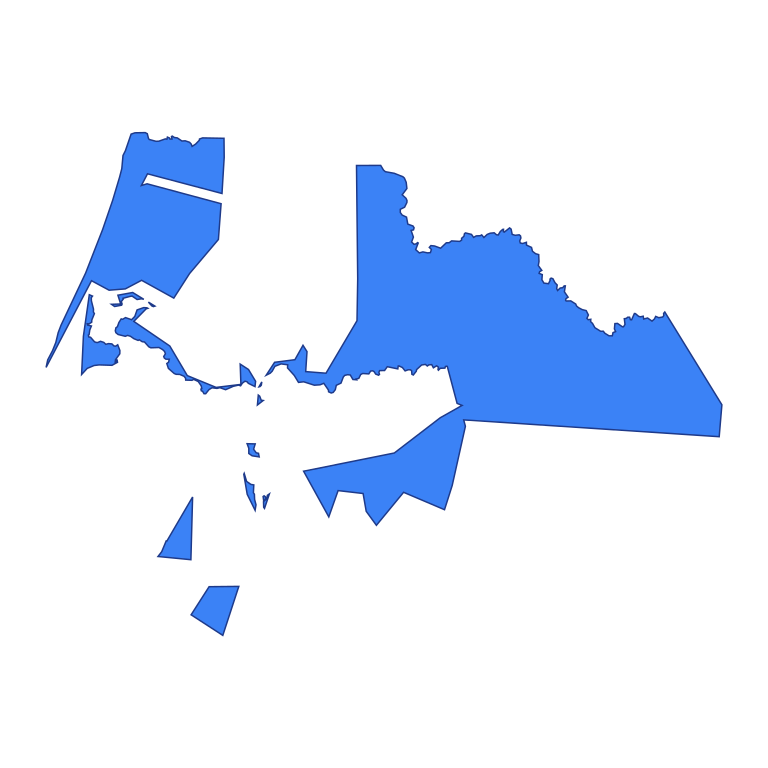 the district of Napranum, Queensland, Australia
{"feature_id": "25037944B72297710108089", "entity_name": "Napranum", "entity_type": "district", "adm_level": 2, "iso_a3": "AUS", "parent_name": "Australia", "parent_adm1": "Queensland", "projection": "albers", "projection_center": [142.04, -12.587], "detail": "fine", "context": "isolated", "style": "filled", "palette": "blue", "viewbox_px": 768, "rotation_deg": 0, "n_neighbors": 0, "source": "geoboundaries", "source_scale": "gbopen_adm2", "svg_char_len": 6110}
<svg xmlns="http://www.w3.org/2000/svg" viewBox="0 0 768 768"><path d="M447.3,366.4L457.1,403.4L462.1,405.4L440.3,417.7L394.3,453.0L303.6,471.2L328.8,516.9L338.1,490.6L363.1,493.5L366.2,511.3L376.4,525.3L403.6,492.3L444.5,509.7L452.2,485.5L465.4,426.3L463.7,419.9L719.2,436.7L721.9,404.8L664.8,312.0L663.6,313.4L663.8,315.6L662.7,317.0L658.8,317.7L655.7,316.4L654.4,319.0L652.0,321.1L647.6,318.0L643.7,319.0L643.2,316.2L640.5,316.8L638.7,316.4L635.4,313.6L634.4,313.5L631.6,319.8L630.4,319.7L629.6,317.2L627.7,317.2L626.3,318.4L624.3,318.7L625.0,324.4L623.5,326.8L622.4,326.8L617.5,323.4L614.9,323.6L614.4,328.9L615.6,331.6L613.0,332.6L612.3,335.8L609.0,335.8L604.8,333.2L603.3,331.2L600.7,331.3L594.9,327.7L592.5,323.4L590.6,321.6L590.8,319.3L588.2,319.7L586.9,318.4L588.4,315.0L586.2,310.6L582.2,309.6L578.6,307.7L576.6,306.1L575.7,304.0L570.8,300.9L566.2,301.0L565.6,300.2L566.0,298.6L568.1,297.2L564.4,291.8L565.3,285.9L564.2,285.9L562.7,287.7L560.2,288.0L557.6,290.5L556.7,288.7L557.2,285.0L555.0,282.7L552.9,278.7L551.1,278.1L550.0,279.1L550.1,280.4L548.5,283.7L543.9,283.1L541.9,279.7L542.3,274.6L539.1,273.4L539.6,271.7L541.8,270.4L538.3,265.6L539.0,261.5L538.7,254.6L535.6,253.7L532.5,251.3L531.5,247.4L526.5,245.1L526.4,242.3L522.7,243.5L520.3,243.0L519.7,241.0L520.9,238.0L520.5,235.9L519.2,234.8L515.2,235.3L512.2,234.4L511.1,229.1L509.6,227.9L504.3,232.1L503.4,231.7L503.5,229.3L502.7,229.4L500.3,231.5L498.2,235.0L496.4,234.7L494.2,232.8L490.2,233.2L487.2,234.4L483.9,237.5L481.7,234.9L480.2,235.7L476.2,235.9L473.6,237.4L471.5,234.4L465.5,232.9L464.5,233.6L463.9,236.3L461.6,238.3L461.6,240.1L459.7,241.4L451.6,240.9L449.2,242.7L446.3,242.8L440.6,248.2L434.6,246.0L430.9,245.6L429.3,247.4L431.4,249.5L430.4,252.6L427.7,252.9L422.9,251.9L419.3,252.9L415.7,249.6L418.2,243.0L417.5,242.6L416.3,243.8L414.0,244.3L411.6,242.0L413.4,237.1L411.1,230.4L413.5,229.9L414.1,227.8L413.0,226.0L407.8,224.1L406.5,217.1L402.2,215.1L400.3,212.5L400.3,209.3L404.6,207.2L406.9,202.5L407.0,200.5L406.0,198.3L402.2,194.8L406.9,188.5L406.2,182.3L404.4,178.1L403.0,176.8L394.3,173.3L385.4,171.7L383.5,170.1L380.7,165.4L356.5,165.5L357.7,278.8L357.0,320.7L326.0,373.2L305.7,371.6L307.0,351.6L303.0,345.3L294.9,359.7L274.6,362.3L266.2,375.2L270.2,373.2L272.2,371.2L274.9,366.3L281.1,363.9L287.7,364.8L287.5,367.9L294.3,375.5L298.5,382.4L303.7,381.8L314.3,385.2L320.1,384.8L323.8,383.3L328.4,390.0L328.6,391.8L331.2,393.0L333.2,392.4L335.3,389.7L336.3,385.3L341.0,383.1L343.3,377.0L344.7,375.4L347.6,374.7L350.3,375.0L352.9,379.5L356.6,379.8L356.1,379.0L358.8,378.4L360.7,374.5L362.7,373.5L368.8,373.9L370.6,371.1L372.6,370.8L374.0,371.5L375.7,374.1L378.6,375.2L379.5,374.3L378.9,372.3L379.6,370.6L384.6,370.5L387.3,366.7L397.8,368.9L398.2,366.0L398.9,365.9L402.4,367.5L405.1,370.9L408.1,369.8L410.4,369.8L411.6,370.7L411.9,374.3L413.3,375.0L416.3,371.2L416.6,369.6L421.6,365.0L425.4,364.4L427.3,366.0L428.8,364.9L431.7,364.6L433.4,367.8L436.6,365.8L438.4,367.1L438.0,369.6L438.4,370.2L440.3,368.3L444.9,368.1L445.4,366.5L446.6,366.2L447.3,366.4ZM224.0,138.3L202.6,137.9L199.5,139.0L199.3,140.3L195.6,144.1L192.1,146.4L191.3,144.2L189.6,142.3L185.2,140.8L181.9,141.0L177.3,137.9L174.4,137.5L172.3,136.1L171.5,136.5L172.0,139.0L170.0,139.1L169.5,138.0L167.4,137.1L166.9,139.2L165.3,138.9L158.8,141.2L156.0,141.3L149.3,139.5L148.5,138.5L147.3,133.7L145.2,132.6L135.0,132.8L131.1,134.1L125.4,150.7L123.0,155.5L121.8,168.6L119.6,177.1L112.6,200.5L102.6,229.6L85.6,273.1L61.1,325.0L58.2,332.6L55.8,342.5L52.5,350.7L47.7,359.9L46.1,367.4L91.5,280.7L109.1,290.2L125.3,288.9L141.6,280.3L173.8,298.1L189.6,273.5L218.4,239.5L221.1,203.7L147.1,183.8L141.4,185.5L147.5,173.8L222.0,193.5L224.2,157.2L224.0,138.3ZM118.1,334.5L125.3,336.3L127.6,335.4L130.5,336.3L133.9,338.7L138.1,340.4L139.3,339.8L142.2,341.7L144.5,342.0L148.8,346.8L150.8,347.8L159.0,347.5L162.6,349.6L164.6,351.5L165.4,353.8L163.7,356.5L164.3,358.0L165.9,359.2L169.3,359.2L168.5,362.3L166.8,363.5L168.4,368.4L174.2,373.5L176.1,374.3L179.7,374.4L184.1,376.3L185.6,378.3L185.7,380.1L192.0,380.3L193.7,379.4L198.2,381.5L201.2,385.8L201.8,388.6L200.9,389.1L201.3,390.8L202.6,391.3L204.0,393.7L205.7,393.7L209.0,389.6L212.0,387.8L217.0,388.4L219.9,387.7L225.6,389.7L233.3,386.3L238.5,385.1L240.6,385.8L242.4,383.1L245.0,381.2L247.1,381.8L248.3,383.3L255.0,386.6L255.6,381.3L248.5,369.5L240.2,364.1L240.9,384.4L216.1,387.4L187.3,375.6L169.8,346.0L133.8,321.4L146.2,308.8L147.8,308.3L146.9,307.8L143.7,307.6L137.1,309.9L134.8,316.4L131.6,319.7L125.5,317.6L122.6,319.3L121.2,318.9L118.9,322.5L117.4,326.7L115.9,327.8L115.3,330.8L115.9,332.7L118.1,334.5ZM238.8,586.4L209.1,586.7L191.1,614.8L222.8,635.4L238.8,586.4ZM81.6,374.5L87.2,368.4L94.1,365.5L99.1,364.9L112.0,365.3L117.5,362.3L117.0,359.4L116.2,362.0L115.2,362.1L115.5,359.7L119.8,353.8L119.9,350.5L117.7,344.8L115.6,346.2L113.9,345.9L111.9,343.9L108.5,343.6L105.8,344.3L103.8,342.4L100.5,341.3L97.7,342.5L96.1,342.4L94.5,341.8L90.6,337.3L88.7,336.9L88.4,335.0L89.1,334.5L89.8,329.9L91.4,326.0L87.6,325.1L87.2,323.7L89.2,323.8L91.7,322.2L91.8,320.0L94.4,313.6L93.4,312.0L93.5,309.1L91.4,300.8L91.3,297.7L92.5,296.1L89.3,294.7L83.4,336.2L81.6,374.5ZM166.2,540.9L161.7,551.7L158.0,556.5L190.9,559.7L192.6,497.0L166.9,541.0L166.2,540.9ZM255.1,510.3L256.0,504.8L254.6,499.4L254.4,494.2L253.4,492.8L253.8,484.9L250.9,484.4L246.6,481.4L244.2,473.4L243.8,474.3L247.2,494.3L255.1,510.3ZM111.5,304.3L114.6,306.5L121.6,305.2L122.1,304.0L121.3,301.6L123.3,299.0L123.0,298.3L130.1,296.4L132.1,296.1L137.1,299.5L141.5,298.8L143.8,299.3L132.7,292.5L117.9,295.2L120.7,304.0L111.5,304.3ZM259.2,456.9L258.5,453.3L256.2,452.8L253.6,449.2L255.2,443.9L247.1,443.7L248.8,448.3L248.8,453.5L252.1,455.8L259.2,456.9ZM264.5,508.4L269.4,493.9L267.4,495.3L266.8,498.5L263.5,501.7L263.7,507.3L264.5,508.4ZM258.3,395.1L257.4,405.0L263.2,400.5L261.2,400.2L259.7,396.2L258.3,395.1ZM263.6,500.3L265.3,499.6L265.7,498.6L265.4,496.8L264.1,495.8L263.1,496.5L263.6,500.3ZM148.4,302.1L151.8,305.9L153.4,306.6L154.9,306.1L148.4,302.1ZM261.8,381.9L259.0,386.8L260.1,386.5L261.3,385.2L261.8,381.9Z" fill="#3b82f6" stroke="#1e3a8a" stroke-width="1.5"/></svg>